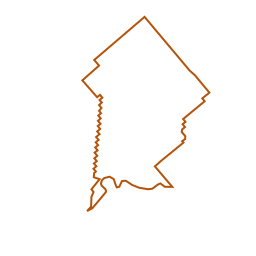 Yell, Arkansas, United States of America, rotated 139°
{"feature_id": "52423323B40495316477899", "entity_name": "Yell", "entity_type": "district", "adm_level": 2, "iso_a3": "USA", "parent_name": "United States of America", "parent_adm1": "Arkansas", "projection": "mercator", "projection_center": [-93.238, 35.03], "detail": "fine", "context": "isolated", "style": "outline", "palette": "amber", "viewbox_px": 256, "rotation_deg": 139, "n_neighbors": 0, "source": "geoboundaries", "source_scale": "gbopen_adm2", "svg_char_len": 1147}
<svg xmlns="http://www.w3.org/2000/svg" viewBox="0 0 256 256"><g transform="rotate(139 128 128)"><path d="M131.2,193.9L131.1,171.5L127.4,171.4L127.5,167.7L131.1,167.8L131.1,164.4L134.8,164.3L134.9,160.5L138.6,159.9L138.7,156.8L142.3,156.9L142.3,153.2L146.0,153.1L146.0,149.2L149.5,149.3L149.6,145.6L153.5,145.6L153.5,142.0L158.0,142.1L158.0,138.3L161.7,138.4L161.8,134.7L165.5,134.8L165.6,131.1L169.4,131.3L169.4,127.2L173.3,127.2L173.3,123.5L177.0,123.6L177.0,119.9L180.8,119.9L180.8,116.2L183.1,116.2L186.1,113.3L183.0,108.0L195.8,105.7L196.0,102.3L200.8,100.0L207.5,92.8L213.4,92.2L207.6,90.8L187.0,94.1L185.8,95.0L185.2,96.8L185.7,101.9L184.8,103.9L182.0,105.6L178.8,105.8L173.8,103.3L172.3,98.8L174.6,93.3L175.4,90.5L173.1,89.4L167.4,91.9L164.3,89.7L162.2,82.2L158.8,75.6L153.1,68.7L149.4,66.2L142.4,65.7L139.9,64.9L138.8,59.5L133.2,54.5L132.9,81.4L125.4,81.5L95.7,80.6L95.8,82.5L92.1,82.2L90.1,84.2L90.1,89.7L88.1,91.4L84.4,91.3L84.3,95.0L80.6,94.9L80.5,98.6L52.6,97.9L52.5,101.6L43.4,101.3L42.9,123.9L43.8,130.9L43.4,153.3L43.3,160.2L42.6,201.0L108.9,201.5L108.9,194.1L131.2,193.9Z" fill="none" stroke="#b45309" stroke-width="2"/></g></svg>